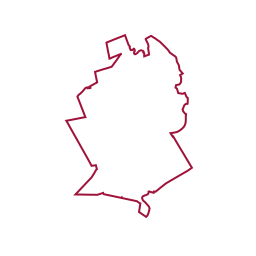 Visani, Braila, Romania (Mercator projection), rotated 314°
{"feature_id": "2599482B40440653080900", "entity_name": "Visani", "entity_type": "district", "adm_level": 2, "iso_a3": "ROU", "parent_name": "Romania", "parent_adm1": "Braila", "projection": "mercator", "projection_center": [27.327, 45.175], "detail": "fine", "context": "isolated", "style": "outline", "palette": "rose", "viewbox_px": 256, "rotation_deg": 314, "n_neighbors": 0, "source": "geoboundaries", "source_scale": "gbopen_adm2", "svg_char_len": 3648}
<svg xmlns="http://www.w3.org/2000/svg" viewBox="0 0 256 256"><g transform="rotate(314 128 128)"><path d="M143.8,201.6L144.2,200.1L145.4,195.5L146.9,190.1L148.9,182.6L150.3,177.4L151.5,173.0L153.3,166.5L152.8,166.4L153.8,162.2L156.1,163.9L157.2,164.7L159.3,166.1L160.6,166.5L162.0,166.9L163.8,167.2L165.7,167.4L168.1,167.3L170.3,166.6L171.7,165.8L173.0,164.8L174.8,163.2L176.7,161.3L178.3,160.2L178.0,159.4L178.3,156.1L178.9,155.1L179.3,154.3L180.1,154.2L181.7,153.4L182.9,152.9L183.2,152.8L184.3,152.7L184.8,152.8L185.7,153.0L186.7,154.0L186.9,153.9L187.6,153.4L191.1,150.2L191.0,149.1L191.2,148.0L192.7,144.5L190.6,143.6L188.0,139.9L188.9,138.4L190.3,135.9L190.3,135.7L190.1,134.1L192.2,132.8L195.1,134.7L196.2,134.6L197.3,134.4L198.3,134.0L199.0,133.2L201.0,131.4L201.7,130.2L202.2,128.7L204.0,129.2L205.2,129.5L205.5,126.5L205.6,125.0L206.4,123.5L207.3,122.6L207.7,122.1L208.5,120.8L208.8,120.0L209.1,118.9L209.5,117.7L210.0,116.6L210.8,115.6L211.7,114.4L212.2,113.6L212.3,112.2L212.0,110.5L211.7,108.7L211.5,106.9L211.3,105.7L211.8,103.6L212.0,102.1L212.1,99.0L212.2,95.9L212.2,93.4L212.2,91.0L211.9,89.2L211.7,88.2L211.5,86.7L211.4,86.0L211.3,85.1L210.9,83.7L210.7,82.6L210.5,81.4L210.4,81.1L210.3,80.7L209.4,80.3L207.5,79.7L205.4,79.1L204.5,78.9L204.3,78.9L204.1,79.2L203.1,81.9L202.7,83.1L202.4,83.8L202.1,84.4L201.7,85.1L201.3,85.6L200.8,86.1L200.4,86.5L199.8,86.7L199.5,86.9L195.8,91.7L195.4,92.1L190.8,89.9L191.5,89.1L192.3,88.5L192.9,87.9L193.1,87.7L193.0,87.3L192.9,86.6L193.5,86.5L193.8,86.2L193.9,85.6L193.8,85.2L193.5,84.4L193.2,83.7L192.7,83.2L192.1,82.9L191.4,82.6L190.6,82.5L189.5,82.6L188.6,82.6L187.7,82.5L187.0,82.3L186.3,82.1L185.9,81.8L185.7,81.2L186.0,80.5L186.4,79.9L187.0,79.6L187.8,79.5L188.1,79.4L188.8,78.6L189.1,77.9L189.2,77.3L189.1,77.1L188.4,77.0L187.7,77.1L187.3,77.1L186.6,76.5L186.4,76.1L186.0,75.9L186.0,75.6L186.2,75.3L186.4,74.7L186.5,74.3L186.8,73.7L187.1,73.2L187.7,72.9L188.0,72.6L188.0,72.1L188.1,70.8L190.7,65.4L192.7,61.4L190.3,60.3L185.7,58.2L183.9,57.4L180.7,55.9L180.1,55.7L179.2,55.3L177.7,54.6L177.0,54.3L175.9,53.8L175.1,53.4L174.6,53.3L174.5,53.2L174.4,53.2L174.2,53.4L173.4,54.6L172.6,55.7L171.5,57.3L170.3,59.0L169.9,59.5L166.9,63.9L165.0,66.5L166.6,67.3L167.2,67.4L176.3,71.4L176.2,71.7L174.7,71.6L174.0,71.8L171.8,72.2L167.9,72.8L160.7,73.7L156.0,71.1L152.7,69.2L145.5,65.3L143.7,67.8L139.4,74.1L131.6,71.7L130.8,73.1L130.3,73.0L129.4,72.1L128.7,71.5L129.4,70.9L127.4,69.6L122.7,69.9L119.3,69.8L119.1,69.7L117.2,69.5L115.4,69.8L114.1,72.7L113.5,74.0L113.4,74.2L111.7,77.9L111.1,79.2L106.2,89.8L106.0,89.6L102.6,87.2L96.4,82.9L92.2,79.9L90.8,78.9L90.4,78.6L89.1,83.1L87.7,87.6L85.1,96.4L83.5,101.8L82.7,104.4L78.9,117.1L77.7,121.2L75.5,128.1L78.9,130.7L76.8,134.2L76.4,134.1L76.0,134.1L75.5,134.2L74.1,134.6L73.5,134.7L72.0,135.1L71.2,135.3L67.1,136.1L58.8,136.2L49.6,136.3L43.7,136.4L44.2,136.9L45.1,137.9L47.0,139.9L55.0,148.5L55.6,149.1L58.8,152.5L59.1,152.6L64.0,155.2L63.7,155.6L63.6,156.6L72.0,170.0L73.1,171.8L73.5,171.7L73.8,171.7L73.5,172.4L81.6,185.4L81.6,185.8L81.7,186.7L82.0,188.3L82.3,189.3L75.2,194.3L75.8,197.7L76.7,202.8L78.1,202.8L79.3,202.5L80.1,202.2L81.1,201.8L82.8,200.8L83.2,200.6L83.7,200.3L84.9,199.6L85.7,198.3L86.0,197.5L86.1,196.5L86.3,194.2L86.4,192.7L86.5,191.4L86.4,190.6L86.3,189.5L86.5,188.6L87.1,187.3L87.6,186.6L88.0,186.4L88.3,186.3L89.4,186.2L90.3,186.6L91.4,187.0L92.2,187.6L94.1,188.2L94.5,188.2L94.9,188.2L95.9,187.6L96.5,187.0L97.0,187.2L99.1,191.4L99.2,191.5L100.3,190.7L100.5,190.9L100.7,191.2L101.3,192.1L109.0,193.0L114.7,193.8L122.5,196.0L130.3,198.2L137.3,200.2L138.1,200.5L143.8,201.6Z" fill="none" stroke="#9f1239" stroke-width="2"/></g></svg>